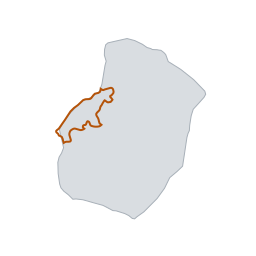 location of Qacha's Nek within Lesotho, rotated 157°
{"feature_id": "LSO-1214", "entity_name": "Qacha's Nek", "entity_type": "District", "adm_level": 1, "iso_a3": "LSO", "parent_name": "Lesotho", "parent_adm1": "", "projection": "mercator", "projection_center": [28.653, -29.956], "detail": "fine", "context": "in_parent", "style": "outline", "palette": "amber", "viewbox_px": 256, "rotation_deg": 157, "n_neighbors": 0, "source": "natural_earth", "source_scale": "10m", "svg_char_len": 2644}
<svg xmlns="http://www.w3.org/2000/svg" viewBox="0 0 256 256"><g transform="rotate(157 128 128)"><path d="M165.5,168.7L159.0,170.7L158.1,170.9L153.9,170.4L148.3,170.9L143.9,172.1L140.4,172.5L134.9,178.5L124.7,194.6L122.0,198.0L121.3,204.3L118.9,209.4L116.0,213.3L113.2,214.2L104.8,212.7L93.9,210.7L87.6,205.8L82.0,199.4L79.1,194.7L76.0,192.2L74.9,190.7L70.5,188.6L68.9,187.5L67.4,186.7L65.6,183.6L64.6,180.9L65.0,173.4L61.9,169.0L56.6,161.4L53.2,155.2L48.6,146.7L45.8,139.4L42.9,131.9L43.3,128.7L46.1,126.5L54.2,122.7L60.6,119.8L65.1,114.5L70.1,106.5L72.5,101.7L74.9,99.5L77.5,96.2L82.1,88.7L87.2,80.4L92.7,71.5L99.6,68.9L109.0,66.0L118.0,58.2L128.8,51.7L146.2,44.6L154.4,42.8L157.4,41.8L159.4,43.1L161.5,47.1L164.4,50.5L171.3,56.4L174.2,57.9L181.3,66.6L188.9,72.6L197.6,79.6L203.6,83.0L206.6,84.0L209.1,90.1L211.7,94.7L213.1,99.0L212.8,103.1L210.1,113.3L206.0,123.8L202.8,128.1L198.9,130.9L195.0,135.0L193.5,143.4L191.8,153.3L186.8,157.4L182.9,160.0L177.5,163.3L165.5,168.7Z" fill="#d9dde1" stroke="#a8b0b8" stroke-width="1"/><path d="M185.8,158.3L182.9,160.1L174.5,165.7L169.8,167.6L165.0,168.7L158.4,171.2L156.0,171.1L152.5,169.8L151.2,169.6L150.1,169.9L146.9,171.8L145.1,172.5L141.6,171.9L139.8,172.2L138.4,173.5L137.8,174.7L136.5,172.9L136.1,172.7L135.7,172.5L135.3,172.5L134.7,172.6L128.4,171.8L127.6,171.4L127.1,170.9L126.8,170.3L126.7,169.8L126.7,169.2L126.8,168.5L127.1,167.0L127.5,166.4L128.0,165.8L130.3,164.6L131.7,164.5L132.0,164.2L132.2,163.6L131.7,162.1L131.2,160.2L131.5,159.9L133.8,158.8L136.4,159.4L137.2,160.2L138.4,162.3L138.7,162.6L138.9,162.5L139.2,162.4L141.7,160.7L143.3,159.4L143.7,159.1L144.1,158.9L144.5,158.8L144.9,158.4L145.5,157.8L146.4,156.5L147.1,155.8L147.9,155.3L150.4,154.3L151.2,153.8L151.8,153.3L152.1,152.3L152.1,151.3L151.7,148.7L151.8,147.2L152.2,145.1L152.3,143.3L151.2,141.3L152.4,140.9L153.1,140.8L154.1,140.8L155.6,141.2L157.6,142.0L159.0,142.8L160.3,143.8L160.9,144.3L161.3,144.9L161.5,145.5L161.5,146.2L161.4,147.8L161.4,148.5L161.6,149.0L161.9,149.5L162.3,149.8L162.7,150.0L163.6,149.5L164.1,149.0L164.6,148.4L165.1,147.9L165.8,147.5L166.5,147.6L167.2,147.8L167.9,147.9L168.6,147.5L169.2,146.5L169.0,145.4L168.5,144.4L169.3,144.2L170.8,144.2L171.9,144.4L172.8,144.8L176.8,148.0L177.8,148.5L179.0,148.6L180.5,148.4L181.7,148.1L182.7,147.5L183.9,146.2L184.4,145.3L184.7,144.4L185.3,139.2L185.7,138.6L186.4,138.2L187.9,138.5L190.3,139.5L191.8,139.6L192.9,139.4L192.8,141.2L192.4,143.4L192.4,145.5L193.4,147.0L194.3,147.7L194.6,148.3L194.5,149.0L194.7,150.2L195.5,151.8L195.6,152.6L195.2,153.4L194.3,153.8L192.4,154.3L191.5,154.7L185.8,158.3Z" fill="none" stroke="#b45309" stroke-width="2"/></g></svg>